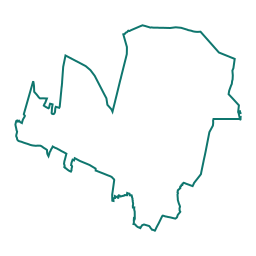 the district of Totolapan, Morelos, Mexico
{"feature_id": "50627088B61974871985528", "entity_name": "Totolapan", "entity_type": "district", "adm_level": 2, "iso_a3": "MEX", "parent_name": "Mexico", "parent_adm1": "Morelos", "projection": "natural_earth1", "projection_center": [-98.929, 18.996], "detail": "fine", "context": "isolated", "style": "outline", "palette": "teal", "viewbox_px": 256, "rotation_deg": 0, "n_neighbors": 0, "source": "geoboundaries", "source_scale": "gbopen_adm2", "svg_char_len": 4990}
<svg xmlns="http://www.w3.org/2000/svg" viewBox="0 0 256 256"><path d="M170.1,28.0L162.9,27.8L162.2,27.8L161.9,27.8L161.5,27.8L160.8,27.8L160.5,27.8L160.4,27.8L160.2,27.8L159.6,27.8L158.0,27.7L155.9,27.7L153.9,27.7L151.3,27.4L150.3,27.6L148.9,27.1L146.8,26.5L145.2,26.0L144.8,25.9L142.4,25.3L141.4,25.8L141.0,25.9L131.2,30.1L129.5,31.0L129.2,31.0L128.8,30.9L128.3,30.7L127.8,31.2L127.4,31.8L127.1,32.0L126.7,32.3L126.2,32.5L125.7,32.7L125.5,32.9L125.0,33.7L124.8,33.9L124.6,34.0L123.7,34.2L123.3,34.3L126.9,47.0L126.9,50.0L126.8,54.1L125.7,58.6L121.2,76.5L120.8,78.3L120.3,80.0L116.8,94.4L116.3,96.4L115.4,100.0L115.1,101.3L112.5,111.7L111.4,109.3L107.4,104.8L106.4,98.3L104.1,94.0L94.7,75.8L90.4,70.1L85.7,66.1L65.5,55.5L63.2,66.8L62.1,81.9L62.1,82.7L61.9,84.7L61.7,86.9L61.6,87.0L61.6,87.3L61.5,88.2L61.2,91.5L61.0,93.4L60.5,98.8L59.7,106.8L59.2,107.8L55.8,106.8L55.3,108.3L55.0,112.0L54.2,113.7L53.2,114.1L52.1,113.8L51.6,113.0L51.8,111.2L51.9,109.1L52.0,108.0L52.6,104.4L51.7,104.1L50.1,103.7L49.9,104.2L49.5,105.7L49.1,107.7L48.4,108.3L45.9,107.0L43.8,105.6L44.4,104.1L45.3,102.7L45.5,102.1L46.9,98.5L43.1,98.3L42.1,98.3L40.9,98.4L39.8,98.3L38.5,97.0L37.9,96.1L37.4,95.5L36.7,94.6L34.2,91.8L34.0,86.1L33.6,83.0L33.2,81.2L23.8,114.2L24.9,115.9L24.3,117.2L23.3,118.8L22.8,119.9L22.4,121.2L21.9,123.0L21.6,122.8L21.0,122.6L20.3,122.2L19.0,120.7L18.0,121.6L17.1,120.5L16.2,121.1L15.4,124.5L15.7,126.2L16.2,128.3L16.6,130.4L17.1,131.6L16.8,133.1L16.4,134.5L16.2,135.8L16.3,136.6L16.5,136.9L16.9,137.7L17.1,139.1L17.6,140.1L18.1,140.6L18.5,140.9L18.9,141.1L21.5,141.8L23.8,142.7L25.1,143.1L25.3,143.2L27.0,143.7L28.5,144.2L30.3,144.9L31.9,145.3L33.1,145.5L35.8,145.8L37.9,145.6L38.0,145.7L40.3,145.7L41.5,146.2L43.3,147.5L43.5,147.7L44.7,148.4L45.6,149.0L46.1,149.3L47.0,150.0L47.1,152.1L47.3,153.6L47.6,154.5L48.5,156.2L48.6,155.9L48.8,155.2L49.2,154.2L49.6,152.4L50.5,150.9L51.1,149.4L52.2,147.7L52.7,146.5L55.1,147.8L56.7,148.4L58.3,149.3L59.7,150.0L60.6,150.6L61.5,151.1L63.5,152.1L64.8,152.8L66.4,153.7L65.7,156.4L65.2,158.4L64.8,159.9L64.4,161.2L64.2,162.6L64.0,163.9L64.3,164.5L64.6,165.4L64.3,167.1L65.2,167.5L65.2,168.0L66.4,168.7L66.8,169.1L67.8,169.9L69.3,170.9L70.9,171.6L71.5,170.4L71.5,169.5L71.6,168.5L71.9,167.4L72.1,166.7L71.8,165.7L71.1,165.2L71.5,162.8L71.8,161.9L72.0,161.4L72.6,159.7L74.0,160.4L74.7,158.2L76.5,159.1L80.0,161.0L87.5,164.1L89.6,165.0L95.6,168.6L95.7,170.5L95.8,170.5L98.4,171.6L103.8,173.7L108.5,175.6L109.7,176.0L111.6,176.9L114.1,179.5L114.2,180.2L112.6,191.8L112.2,194.5L112.2,195.2L112.2,195.9L112.2,196.2L112.3,200.7L112.9,200.9L113.5,201.0L113.4,198.2L115.0,198.0L114.9,196.1L117.1,197.2L117.2,197.3L118.1,197.9L118.5,197.6L118.3,197.1L118.2,195.9L118.8,195.3L119.7,195.6L120.2,196.2L120.6,196.5L123.1,195.8L123.8,195.8L124.1,195.6L124.5,195.1L124.9,195.0L125.7,195.2L127.0,195.2L126.8,194.6L127.0,194.0L127.2,193.0L127.8,193.3L127.8,193.8L128.8,193.5L129.5,193.7L129.8,195.0L129.9,195.3L131.1,195.2L131.7,195.4L131.7,196.4L132.0,196.7L132.0,197.1L132.1,197.7L132.5,198.3L132.5,199.9L132.8,200.6L132.7,201.3L132.8,202.0L133.1,203.2L133.1,203.7L133.0,205.3L132.8,205.8L132.9,207.4L133.3,207.3L134.3,207.4L134.2,208.2L134.2,209.6L134.7,211.6L134.8,218.6L134.5,219.7L134.3,219.8L134.2,219.7L134.2,219.1L133.9,218.8L133.8,220.4L133.9,221.7L133.9,222.3L133.7,223.5L133.5,224.0L135.2,224.5L136.3,225.9L137.7,227.0L140.1,228.0L140.2,227.4L140.7,227.5L141.0,226.9L142.2,225.2L144.0,224.5L149.1,226.0L149.9,226.8L150.1,227.2L150.9,228.4L151.8,229.3L152.1,229.8L152.7,229.8L153.9,230.2L154.9,230.7L155.0,230.6L156.4,227.6L157.6,225.3L158.6,223.5L162.2,216.1L162.7,215.8L162.9,215.6L165.3,216.4L166.4,216.6L167.0,216.7L167.3,216.8L167.6,216.9L169.9,217.3L170.8,217.5L173.1,218.1L175.3,218.6L176.0,218.2L176.8,217.5L177.1,217.1L177.1,216.9L177.8,214.9L178.1,214.5L179.0,213.4L180.1,212.1L180.3,211.8L179.6,210.5L179.6,209.7L179.5,208.4L180.0,206.7L179.6,205.3L179.0,203.9L178.6,202.7L177.8,199.9L177.8,198.7L177.6,196.3L177.5,194.4L178.0,193.1L177.5,192.4L177.8,190.5L178.0,190.5L178.1,190.1L178.5,189.6L178.8,189.5L180.0,188.2L180.1,188.3L180.3,188.1L180.2,187.8L180.1,187.7L180.1,187.2L180.3,186.5L180.6,186.3L181.0,186.3L181.1,186.2L181.4,185.1L181.7,185.0L182.3,185.0L182.4,184.5L182.7,184.0L182.6,183.6L183.1,183.4L183.6,182.8L184.5,183.0L185.5,183.5L189.1,184.8L190.6,185.4L192.6,186.1L193.1,185.1L193.4,184.5L194.1,182.9L199.3,176.3L200.9,174.2L201.1,173.3L201.2,172.6L203.6,161.0L203.7,160.4L204.9,155.0L205.8,150.6L206.1,149.0L209.4,132.1L212.9,125.6L213.2,122.9L213.1,120.6L213.5,119.0L239.9,119.0L240.3,119.5L240.5,119.4L240.6,117.1L239.6,117.4L238.6,113.2L240.5,113.1L240.5,112.9L240.3,112.7L239.9,111.2L239.1,111.4L238.2,111.5L238.9,105.3L232.4,98.2L228.6,94.2L229.2,90.7L231.0,85.7L231.8,83.9L232.1,81.2L232.6,79.4L232.8,75.3L232.4,70.6L233.4,68.2L234.7,58.9L218.9,52.5L200.5,31.7L197.5,31.9L196.0,31.8L194.3,31.6L192.9,31.3L191.2,30.7L188.2,30.1L187.3,29.7L181.1,27.8L175.7,27.3L170.1,28.0Z" fill="none" stroke="#0f766e" stroke-width="2"/></svg>